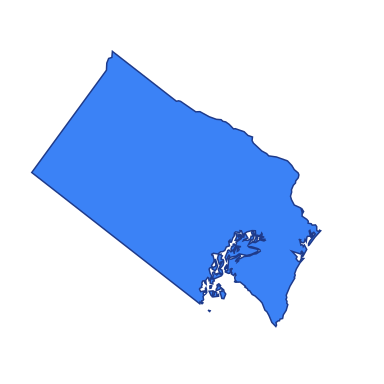 the border of Washington, rotated 218°
{"feature_id": "USA-3519", "entity_name": "Washington", "entity_type": "State", "adm_level": 1, "iso_a3": "USA", "parent_name": "United States of America", "parent_adm1": "", "projection": "equal_earth", "projection_center": [-122.689, 47.279], "detail": "fine", "context": "isolated", "style": "filled", "palette": "blue", "viewbox_px": 384, "rotation_deg": 218, "n_neighbors": 0, "source": "natural_earth", "source_scale": "10m", "svg_char_len": 6047}
<svg xmlns="http://www.w3.org/2000/svg" viewBox="0 0 384 384"><g transform="rotate(218 192 192)"><path d="M117.1,108.7L330.3,108.7L334.4,235.3L338.5,241.1L339.9,245.9L338.0,248.7L341.3,253.8L260.2,253.9L258.7,255.6L256.8,256.4L238.4,257.5L235.2,260.2L224.8,261.9L217.5,264.3L213.6,266.9L211.3,266.7L208.5,268.0L204.4,268.2L198.2,267.3L196.8,268.6L188.0,271.6L182.7,271.0L178.2,272.6L176.3,269.5L173.7,268.3L162.3,267.3L156.7,268.2L153.8,267.7L147.0,271.6L135.9,275.3L129.6,274.3L125.2,272.6L120.1,272.4L118.3,271.3L117.0,268.6L117.1,264.6L116.0,262.8L116.3,259.7L115.0,255.0L113.4,253.3L111.8,249.3L108.9,247.2L103.4,244.7L96.3,246.4L92.7,243.8L90.3,240.7L84.7,241.1L82.4,240.6L81.3,238.9L78.5,240.4L76.9,239.9L74.4,242.1L72.4,241.5L70.2,238.7L69.2,238.4L67.7,239.3L68.0,240.4L66.7,240.7L67.3,232.2L67.0,222.3L67.3,221.7L68.3,222.9L69.0,225.9L69.1,234.9L71.2,235.3L72.4,232.2L75.5,234.4L75.7,233.4L72.1,230.6L72.1,229.5L73.6,228.2L73.6,227.1L71.4,223.2L73.7,224.2L72.7,221.5L73.1,220.4L74.4,219.9L76.3,219.9L76.9,221.3L78.7,220.5L77.5,220.4L73.5,217.2L73.0,218.1L71.6,218.3L70.7,217.5L70.8,219.4L66.2,217.4L65.0,209.8L65.6,209.1L66.4,209.7L66.1,210.8L67.0,212.5L69.0,213.0L69.2,212.1L68.6,211.1L67.6,211.5L68.0,210.1L76.9,206.8L69.3,205.6L68.8,203.4L65.4,202.7L64.2,203.6L64.7,206.4L65.8,208.1L64.6,207.5L63.0,208.4L63.3,202.8L62.4,195.7L60.8,190.7L59.5,190.1L58.7,187.8L59.7,188.1L58.0,187.4L56.8,178.2L54.2,168.7L52.2,167.0L51.9,165.3L49.8,164.3L48.8,162.6L47.2,162.3L44.9,156.7L44.4,151.4L42.7,148.1L44.4,146.0L43.8,144.4L44.7,143.6L45.5,140.9L43.4,139.1L43.1,137.6L48.8,138.4L55.4,142.1L59.2,143.7L61.8,143.8L68.4,147.7L71.4,148.3L78.2,148.9L81.5,148.3L85.9,149.7L87.1,149.0L88.8,149.9L92.6,149.6L90.8,149.9L92.0,150.6L98.6,150.7L102.2,147.7L103.8,147.4L101.8,148.9L103.6,149.1L105.5,150.6L106.3,152.2L106.1,153.4L107.5,154.4L107.9,154.4L107.9,151.8L110.6,151.7L110.9,152.9L112.1,153.3L113.2,154.9L113.3,155.8L112.6,156.6L113.8,156.0L114.4,154.6L112.4,152.4L112.4,151.1L113.2,150.3L116.5,149.5L117.2,150.6L115.9,151.3L115.6,152.3L122.1,162.2L120.0,162.9L117.2,167.2L116.0,171.2L115.3,171.8L114.2,171.1L115.3,167.0L115.1,163.8L114.5,166.3L113.9,166.8L113.2,164.7L112.8,166.3L113.9,168.5L113.0,169.2L111.2,173.2L107.0,177.3L105.3,180.8L103.3,182.9L101.7,187.4L102.8,188.2L105.0,188.0L111.3,185.6L113.8,183.8L112.8,183.6L105.8,186.9L104.3,186.9L103.5,185.8L106.9,179.4L109.7,175.8L116.7,172.3L117.8,168.7L122.0,163.7L123.0,163.7L123.2,164.8L124.0,165.0L123.9,163.2L122.4,158.9L125.6,160.8L127.0,165.8L126.5,166.5L127.6,167.1L127.8,168.0L127.3,169.0L124.5,168.8L124.2,170.2L123.0,171.2L120.6,169.3L121.8,171.1L123.2,176.5L122.2,176.9L119.8,173.1L119.2,174.5L119.5,175.8L121.4,176.7L119.8,179.1L124.6,176.4L125.4,179.1L126.3,179.5L124.5,185.7L125.2,186.8L123.4,188.4L124.4,190.1L124.1,191.9L119.6,190.1L121.8,186.3L121.6,185.1L120.8,186.5L118.1,188.3L117.1,191.1L118.2,193.5L117.2,194.4L117.5,195.5L116.3,196.4L114.8,192.6L114.8,191.4L115.5,191.1L115.9,189.5L115.1,185.4L113.6,189.4L110.8,191.3L109.1,196.0L105.2,197.7L104.8,198.5L106.9,197.8L107.1,198.5L104.8,200.1L110.4,196.3L108.5,199.9L107.3,200.8L109.1,200.4L110.2,198.5L110.2,200.5L110.8,202.1L111.8,202.5L111.2,200.8L111.7,200.3L111.5,198.5L113.3,196.8L113.1,198.5L114.1,198.1L114.7,196.7L118.2,200.5L120.9,198.6L124.0,194.6L125.3,191.2L125.2,189.4L129.2,191.9L130.4,191.1L129.4,190.4L129.6,189.4L133.1,187.4L133.3,185.8L131.7,183.3L131.5,180.6L130.1,176.8L131.2,175.8L132.5,177.4L132.7,175.7L129.3,172.7L131.1,169.8L130.2,166.1L131.1,164.0L132.7,162.4L133.4,159.1L137.4,156.9L138.2,155.0L137.1,154.4L136.5,155.0L132.6,151.9L131.8,150.4L131.3,146.0L128.7,145.1L128.6,146.5L127.8,147.7L128.2,149.3L131.0,151.4L132.3,153.7L126.2,149.2L125.4,146.8L125.3,144.2L128.6,143.7L130.3,144.9L131.3,142.7L130.9,141.6L127.4,138.9L125.3,138.2L124.1,136.5L124.4,135.4L123.4,135.2L121.1,136.8L119.7,135.6L120.5,134.4L119.0,132.3L121.6,131.4L123.6,134.2L124.0,132.7L126.1,134.5L127.0,134.4L126.8,130.8L124.1,128.1L125.6,128.2L127.8,129.6L128.8,128.3L128.2,126.3L126.9,125.3L126.5,123.4L125.6,123.0L126.6,120.7L126.3,120.0L123.8,118.8L121.4,121.6L120.3,121.1L121.0,119.6L120.7,118.9L119.3,117.8L118.9,118.4L119.0,116.5L116.6,114.3L116.6,113.2L117.4,112.2L116.9,111.4L115.1,111.4L115.3,110.1L117.9,110.2L117.1,108.7ZM131.1,155.5L132.4,158.7L130.9,160.9L130.4,160.2L128.8,160.4L128.5,158.2L127.5,156.9L126.0,157.9L125.1,157.6L123.6,156.0L122.5,153.4L122.6,148.9L122.0,148.4L120.3,149.0L117.4,146.4L117.2,144.2L120.7,137.7L123.0,136.9L123.7,139.1L126.0,140.8L125.9,142.1L124.9,142.7L123.1,141.4L121.8,143.4L121.3,142.4L120.9,144.2L118.2,145.0L118.7,145.6L120.9,145.5L123.6,147.2L125.3,156.0L126.2,154.6L125.8,153.5L126.1,151.9L131.1,155.5ZM107.1,132.2L109.2,134.5L106.7,134.4L105.4,133.2L102.6,132.4L101.2,127.5L103.0,126.5L108.7,130.7L107.1,132.2ZM117.4,124.3L114.6,127.0L111.8,122.6L111.2,124.7L113.0,127.3L112.6,127.7L110.4,127.8L108.6,125.6L108.0,127.6L106.9,126.2L111.0,122.1L113.2,122.2L117.4,124.3ZM129.1,184.1L131.7,186.1L127.8,188.4L127.6,187.1L128.9,185.7L128.0,185.4L128.3,185.8L127.0,186.6L126.8,188.4L125.6,187.9L126.3,182.6L127.7,180.7L128.3,180.4L129.1,184.1ZM113.1,130.3L113.5,134.1L114.6,133.5L115.0,134.2L114.3,136.2L112.0,135.9L112.2,135.0L110.2,134.2L110.2,132.5L112.1,129.2L113.1,130.3ZM126.2,174.3L127.4,176.3L126.7,177.0L123.7,175.5L124.1,174.2L123.6,172.6L124.5,170.1L126.2,171.0L127.0,173.6L126.2,174.3ZM112.7,191.7L113.5,195.4L112.5,196.6L110.7,193.2L111.3,191.2L113.5,190.3L112.7,191.7ZM118.0,151.6L118.8,151.3L119.6,152.7L119.8,155.9L119.1,155.9L117.9,154.2L117.6,152.3L118.5,153.9L119.0,153.9L118.0,151.6ZM118.9,195.9L120.2,196.8L120.0,198.0L119.1,198.8L117.3,197.3L118.9,195.9ZM122.0,124.1L122.1,125.2L120.8,124.3L118.5,121.9L118.5,120.8L122.0,124.1ZM118.5,127.1L120.1,128.9L119.5,130.0L118.6,130.2L117.8,127.9L118.5,127.1ZM70.6,229.6L71.6,231.0L71.7,233.3L71.0,233.9L70.6,232.2L69.7,231.6L70.0,229.9L70.6,229.6ZM91.8,243.8L92.2,244.0L95.6,246.6L92.0,245.3L91.8,243.8ZM104.5,108.7L106.6,108.7L104.6,109.6L104.5,108.7Z" fill="#3b82f6" stroke="#1e3a8a" stroke-width="1.5"/></g></svg>